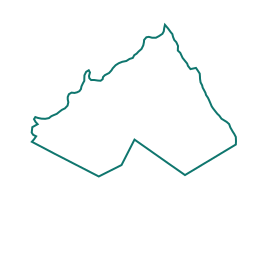 outline of Boa Hora, Piauí, Brazil, rotated 59°
{"feature_id": "56859067B27565028422565", "entity_name": "Boa Hora", "entity_type": "district", "adm_level": 2, "iso_a3": "BRA", "parent_name": "Brazil", "parent_adm1": "Piauí", "projection": "natural_earth1", "projection_center": [-42.142, -4.374], "detail": "fine", "context": "isolated", "style": "outline", "palette": "teal", "viewbox_px": 256, "rotation_deg": 59, "n_neighbors": 0, "source": "geoboundaries", "source_scale": "gbopen_adm2", "svg_char_len": 1528}
<svg xmlns="http://www.w3.org/2000/svg" viewBox="0 0 256 256"><g transform="rotate(59 128 128)"><path d="M58.3,134.9L60.4,138.2L63.0,139.9L65.1,141.2L66.4,143.5L68.4,146.5L70.4,148.3L71.4,150.7L71.2,153.2L70.4,155.8L68.6,158.2L68.6,161.3L70.4,163.7L72.4,164.9L75.2,165.9L77.7,168.3L78.7,172.0L78.4,175.2L78.7,178.2L79.2,181.8L78.7,185.1L78.4,187.6L78.8,190.7L77.5,194.2L75.4,197.4L72.9,200.1L70.9,201.8L72.0,204.0L75.1,204.1L78.2,203.5L78.1,206.2L78.0,209.6L80.5,211.5L82.3,212.9L85.0,212.8L87.8,211.0L89.3,214.4L90.3,217.5L112.4,204.1L154.5,178.0L156.4,152.6L141.3,128.4L178.6,111.9L193.8,105.1L197.7,103.4L197.7,100.2L197.7,44.1L194.9,42.2L191.2,40.2L187.7,40.0L185.1,40.1L180.3,40.0L176.7,39.3L173.6,40.3L168.2,43.1L164.4,43.4L161.9,44.1L159.0,44.5L154.9,45.0L152.5,45.1L149.8,44.7L146.2,44.2L143.3,43.9L139.9,44.1L137.7,43.5L134.3,43.3L131.8,43.2L129.7,42.5L126.3,42.3L123.1,41.0L120.7,39.7L118.3,38.5L114.9,38.6L111.5,38.8L109.7,44.1L105.6,44.6L103.2,44.1L100.5,44.5L96.0,45.1L90.5,44.5L87.3,45.4L85.4,44.2L83.5,42.9L79.3,42.4L76.4,43.0L73.2,42.5L70.3,41.6L68.1,42.0L63.3,42.4L58.6,43.2L61.0,45.5L63.6,47.6L65.0,50.0L65.2,54.2L65.0,57.6L63.1,60.8L60.6,63.2L59.7,65.5L60.8,68.8L62.7,70.2L65.0,72.3L67.2,75.7L67.9,79.6L68.7,82.3L68.8,85.1L70.4,87.8L69.6,91.1L69.7,94.9L68.3,98.8L67.7,102.6L67.8,106.3L69.0,110.4L70.1,112.5L71.1,115.9L70.8,120.7L71.5,123.2L73.1,124.6L73.4,127.1L71.8,129.4L69.4,132.3L67.9,134.9L65.5,135.5L63.4,134.7L60.8,132.0L58.3,131.9L58.3,134.9Z" fill="none" stroke="#0f766e" stroke-width="2"/></g></svg>